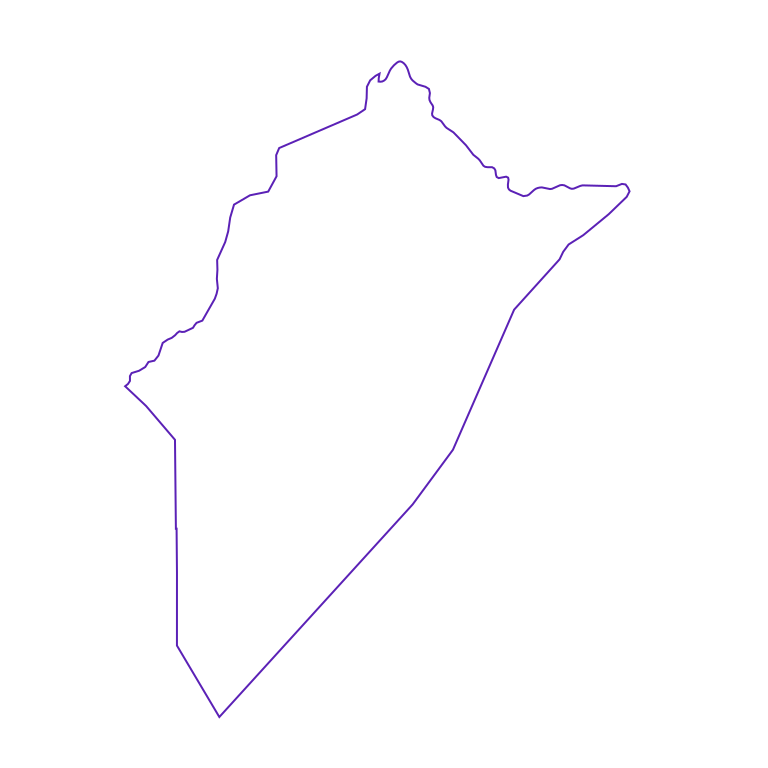 the Region of Brakna, rotated 176°
{"feature_id": "MRT-2784", "entity_name": "Brakna", "entity_type": "Region", "adm_level": 1, "iso_a3": "MRT", "parent_name": "Mauritania", "parent_adm1": "", "projection": "equal_earth", "projection_center": [-13.723, 17.338], "detail": "fine", "context": "isolated", "style": "outline", "palette": "violet", "viewbox_px": 768, "rotation_deg": 176, "n_neighbors": 0, "source": "natural_earth", "source_scale": "10m", "svg_char_len": 1929}
<svg xmlns="http://www.w3.org/2000/svg" viewBox="0 0 768 768"><g transform="rotate(176 384 384)"><path d="M132.7,567.0L129.1,566.2L127.0,562.9L125.6,559.1L128.8,553.8L148.0,537.7L174.8,518.6L190.1,510.3L196.0,503.4L200.1,496.2L201.4,494.9L249.0,449.1L319.8,313.6L363.8,261.9L418.6,209.5L571.5,63.3L608.8,137.5L603.7,210.0L601.0,254.1L601.7,254.1L596.4,342.9L622.9,378.7L642.4,399.8L639.4,401.9L637.2,404.8L636.9,409.6L635.0,412.5L627.4,414.3L621.0,417.6L617.4,422.4L611.4,423.3L607.0,428.1L601.9,440.4L596.7,443.4L592.6,444.8L589.0,447.2L586.8,449.3L584.4,450.8L581.9,450.0L579.3,450.0L570.6,453.4L568.9,455.8L566.7,458.1L560.8,459.9L546.8,480.9L544.7,485.7L543.1,491.1L543.4,500.5L542.2,509.6L541.8,519.4L532.5,536.7L528.8,547.1L525.8,560.8L521.1,573.4L504.5,581.6L486.1,584.0L476.7,598.7L475.6,619.8L472.1,626.7L392.0,654.7L383.7,659.5L381.4,670.2L380.3,681.7L376.6,687.9L370.9,692.0L366.8,693.9L367.9,689.5L368.3,686.1L366.5,685.8L364.6,685.9L362.9,686.6L361.2,687.8L359.8,689.7L356.3,696.2L354.9,698.2L351.8,701.3L348.6,703.7L347.0,704.5L345.4,704.7L343.8,704.1L342.0,702.7L340.4,700.7L339.2,698.4L338.3,695.9L336.6,688.8L335.6,686.6L334.3,684.8L331.2,681.8L329.6,680.5L321.9,677.6L318.6,675.2L317.9,671.0L318.9,666.3L318.8,664.1L317.9,661.7L316.0,658.4L315.6,656.7L316.0,654.5L317.2,650.4L317.1,648.6L315.9,646.8L314.1,645.5L310.2,643.5L308.5,642.1L305.1,636.7L303.7,635.1L297.2,630.2L285.6,616.5L278.9,606.4L274.3,602.2L272.9,600.5L269.6,594.8L268.0,593.6L265.8,593.1L261.0,592.7L259.0,591.4L258.0,589.4L257.7,584.7L257.1,582.6L255.2,581.4L247.7,582.3L245.8,581.2L245.5,579.2L246.5,574.2L246.6,571.3L245.8,569.4L244.3,568.0L231.9,561.7L228.0,562.0L226.1,562.9L221.0,566.9L219.1,568.1L217.0,568.8L214.9,569.1L212.8,569.1L204.8,566.9L202.8,567.0L194.5,570.0L192.4,570.1L190.2,569.6L184.7,566.2L183.0,565.6L181.0,565.7L174.4,567.9L172.1,568.3L138.7,565.1L132.7,567.0Z" fill="none" stroke="#5b21b6" stroke-width="2"/></g></svg>